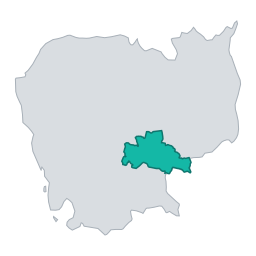 Kâmpóng Cham on a map of Cambodia (Natural Earth projection)
{"feature_id": "KHM-1784", "entity_name": "Kâmpóng Cham", "entity_type": "Province", "adm_level": 1, "iso_a3": "KHM", "parent_name": "Cambodia", "parent_adm1": "", "projection": "natural_earth1", "projection_center": [105.558, 12.075], "detail": "fine", "context": "in_parent", "style": "filled", "palette": "teal", "viewbox_px": 256, "rotation_deg": 0, "n_neighbors": 0, "source": "natural_earth", "source_scale": "10m", "svg_char_len": 6262}
<svg xmlns="http://www.w3.org/2000/svg" viewBox="0 0 256 256"><path d="M236.8,21.0L237.5,23.8L235.7,29.0L233.8,33.7L230.3,37.8L230.1,40.8L228.9,49.9L229.4,52.7L230.2,55.2L231.4,56.5L234.5,65.4L237.3,73.4L240.1,80.0L240.6,84.2L238.1,94.8L235.1,104.5L235.4,109.4L236.7,114.2L238.1,120.7L238.6,128.9L237.9,134.3L236.5,137.7L234.0,141.1L231.7,142.9L229.0,140.0L226.9,139.8L224.0,140.7L221.7,142.0L217.1,147.1L212.0,152.0L204.9,153.2L202.1,156.9L199.2,157.4L193.6,157.6L189.9,158.4L190.1,160.2L189.8,168.9L189.9,170.9L189.3,171.4L186.8,171.7L182.5,170.4L176.6,168.2L172.5,167.9L170.4,171.7L169.1,173.1L167.5,173.4L165.9,174.0L165.4,175.7L165.2,177.8L166.0,181.4L166.3,187.1L166.1,191.0L167.6,193.5L176.5,201.7L179.1,203.8L179.4,205.0L177.9,209.5L179.3,215.9L176.5,215.8L171.8,213.0L169.6,211.4L166.9,212.7L166.0,212.5L164.2,209.3L161.8,206.2L159.3,206.0L154.2,207.2L148.9,208.1L146.9,208.1L146.0,208.6L143.0,213.4L141.7,212.6L136.3,210.8L131.5,210.1L130.5,211.3L131.1,215.2L132.1,218.9L131.5,220.5L128.8,222.5L125.3,226.1L123.1,228.8L121.6,229.5L116.2,229.4L110.9,229.8L108.7,232.4L106.7,234.4L105.0,235.0L98.0,228.5L84.1,226.2L82.6,223.4L81.2,222.8L79.9,226.5L72.3,230.1L69.1,228.0L66.7,225.4L67.1,222.2L69.3,219.6L73.1,217.7L74.9,211.1L72.0,202.7L69.5,200.3L66.8,198.4L64.0,201.5L61.6,206.8L59.1,209.6L55.7,210.2L50.6,210.0L48.6,202.0L48.0,195.1L48.7,187.3L49.4,182.7L44.6,176.3L44.3,170.3L41.9,167.1L41.2,168.7L41.3,170.5L40.6,169.2L32.9,151.4L31.6,143.1L33.0,136.7L33.8,134.6L31.6,131.3L28.4,127.5L22.9,122.5L22.5,114.6L21.3,105.3L19.7,102.1L17.1,96.4L15.8,91.7L15.4,79.1L16.1,78.1L20.0,77.7L25.0,76.8L25.8,74.8L25.0,73.1L28.2,70.3L32.8,64.1L36.4,57.5L39.0,53.4L40.6,49.4L45.8,43.6L53.0,39.6L57.8,38.7L62.9,37.3L67.7,35.4L70.0,35.2L76.1,37.5L79.3,38.1L82.7,38.1L86.3,38.3L89.4,38.1L96.7,36.5L104.6,37.7L111.6,36.7L120.2,34.8L124.5,36.0L128.3,37.9L128.9,41.7L129.8,43.5L131.0,44.8L132.8,44.8L135.0,42.2L136.8,39.4L137.4,38.9L137.5,40.3L138.4,43.2L140.1,46.2L141.7,48.1L144.5,50.7L146.3,50.8L152.2,48.4L161.1,51.9L162.1,53.7L165.0,57.3L168.1,59.9L175.0,60.1L177.5,53.7L176.3,49.8L172.4,43.1L171.3,39.1L172.5,38.4L179.2,37.6L180.3,36.8L181.8,32.4L183.6,32.9L187.3,33.5L191.2,30.5L193.5,27.3L194.8,28.8L196.2,31.0L197.7,32.3L200.5,34.2L203.6,36.8L205.5,39.5L207.1,40.5L211.1,39.8L212.1,39.9L214.4,36.7L216.0,34.9L217.4,35.4L219.4,35.4L223.5,31.3L225.9,27.6L227.2,26.6L230.9,28.5L232.4,28.1L234.5,23.0L236.8,21.0ZM46.0,191.5L45.2,191.9L44.5,191.9L43.8,191.2L43.9,188.3L44.4,186.6L45.7,186.2L46.0,191.5ZM57.6,219.7L56.0,221.6L53.5,217.6L53.6,216.5L57.6,219.7Z" fill="#d9dde1" stroke="#a8b0b8" stroke-width="1"/><path d="M190.8,171.9L190.4,172.7L189.9,172.7L189.3,172.4L188.4,171.6L187.8,171.4L187.4,171.3L186.9,171.3L184.5,172.1L184.0,171.9L183.6,171.6L183.0,170.5L182.6,170.1L181.8,169.5L178.9,168.5L177.1,168.4L174.9,167.7L172.9,167.3L171.9,168.5L171.9,169.2L171.8,169.8L171.5,170.5L170.3,171.9L169.9,172.9L169.4,173.6L168.2,173.6L166.2,172.7L165.5,172.9L164.6,173.7L165.1,172.3L165.1,171.5L165.0,171.2L164.8,171.0L163.3,171.3L163.2,171.3L162.7,171.2L162.3,171.1L162.0,170.9L161.6,170.7L160.6,169.8L159.4,168.5L156.3,168.5L151.0,167.4L149.5,167.2L149.2,167.1L148.7,166.9L148.4,166.7L148.2,166.4L148.1,166.2L147.6,164.8L146.9,163.7L144.4,162.6L143.6,162.4L143.1,162.5L142.8,162.7L142.4,162.9L141.6,163.7L141.2,164.1L139.5,165.8L136.1,168.4L132.7,167.7L131.8,167.2L131.8,166.9L131.7,166.1L131.7,165.9L131.8,165.7L132.0,165.4L132.5,165.3L132.7,165.2L132.8,165.0L132.7,164.7L132.4,164.4L130.8,163.5L129.5,161.4L128.7,161.2L128.5,162.2L128.3,162.4L128.1,162.3L128.0,162.2L127.7,162.3L127.5,162.5L127.4,162.7L126.7,164.6L126.5,164.9L126.4,165.0L126.2,164.9L125.8,165.0L125.4,165.2L125.2,165.3L124.8,165.0L124.0,164.8L123.8,164.7L123.6,164.4L123.4,164.4L123.3,164.5L123.2,164.6L122.8,164.5L122.8,164.2L122.8,163.8L122.7,162.9L121.8,161.2L123.2,157.7L123.5,157.1L123.7,156.9L123.9,156.7L124.1,156.6L124.3,156.5L124.5,156.5L125.5,156.7L125.8,156.5L125.8,156.4L125.5,156.1L125.2,156.0L125.1,155.9L125.0,155.7L125.0,153.7L124.9,153.4L124.9,153.2L124.3,152.4L123.9,152.0L123.9,151.8L123.9,151.5L124.3,150.5L124.6,149.0L125.3,147.1L125.3,146.9L125.3,146.2L124.7,144.1L125.8,143.2L126.3,142.9L126.6,142.8L128.2,142.9L128.5,143.0L129.6,144.2L130.9,144.7L133.7,145.0L133.8,145.0L134.3,145.5L134.5,145.6L134.9,145.6L135.1,145.5L135.5,145.4L136.6,145.2L137.7,146.2L138.0,146.3L138.2,146.1L138.3,145.9L138.2,145.4L138.1,145.1L136.7,141.3L136.6,140.3L136.6,140.0L136.5,139.8L135.5,138.0L135.4,137.6L135.4,137.4L135.5,137.3L136.1,137.0L136.7,136.4L136.9,136.3L137.0,136.3L137.7,136.4L138.1,136.4L138.4,136.3L138.7,136.2L139.1,136.3L139.3,136.3L139.6,136.4L140.9,136.3L141.0,136.4L141.3,136.5L141.7,136.8L141.8,136.9L142.1,137.0L142.7,137.0L142.9,137.1L143.0,137.1L143.2,137.3L143.3,137.4L143.4,137.6L143.6,137.9L143.6,138.0L143.8,138.2L144.0,138.3L144.4,138.3L144.7,138.1L144.9,138.0L145.2,137.3L146.6,131.7L148.1,131.6L148.6,131.7L149.1,131.9L149.4,132.1L149.5,132.1L150.0,132.5L150.6,132.9L151.0,133.0L151.6,132.9L151.9,132.8L152.1,132.6L152.7,132.0L153.3,131.6L153.5,131.6L161.6,130.6L162.1,132.4L162.7,136.3L162.9,138.8L162.8,139.1L162.7,139.6L162.3,140.3L162.0,140.6L161.8,140.7L161.7,141.0L161.6,142.7L162.0,142.6L164.1,143.1L164.9,143.2L165.0,143.2L165.2,143.4L165.6,145.4L166.8,145.1L167.0,145.1L167.3,144.8L167.4,144.7L167.6,144.7L167.8,144.7L168.0,144.7L168.4,144.8L169.7,145.4L171.1,145.7L171.7,146.0L172.8,147.0L173.0,147.1L173.1,147.3L173.3,148.2L173.8,148.4L174.0,148.4L174.4,148.5L174.6,148.7L174.9,149.3L175.0,149.6L175.1,149.9L175.1,150.2L175.0,150.3L175.0,150.5L174.8,150.8L174.7,150.9L174.6,151.0L174.7,151.3L174.9,151.5L175.3,151.7L176.1,152.1L176.8,152.2L177.2,152.4L177.9,153.0L178.4,153.3L178.7,153.5L178.8,153.6L179.0,153.8L179.3,154.3L180.0,155.8L180.0,156.0L179.9,156.2L179.8,156.4L179.6,156.7L179.5,156.8L179.4,156.9L179.3,157.0L179.2,157.1L179.2,157.3L179.1,157.5L179.2,157.9L179.7,158.1L181.7,158.1L181.9,158.4L182.0,158.6L182.3,158.7L182.5,158.7L182.8,158.7L184.0,158.1L184.5,158.1L185.5,158.4L185.9,158.4L188.8,157.6L189.1,157.6L189.5,158.7L190.7,161.4L191.0,162.6L190.9,162.8L190.2,163.9L190.2,164.3L190.2,165.2L190.1,165.6L189.8,166.4L189.5,167.0L189.2,167.7L189.3,168.5L190.4,170.8L190.8,171.9Z" fill="#14b8a6" stroke="#0f766e" stroke-width="1.5"/></svg>